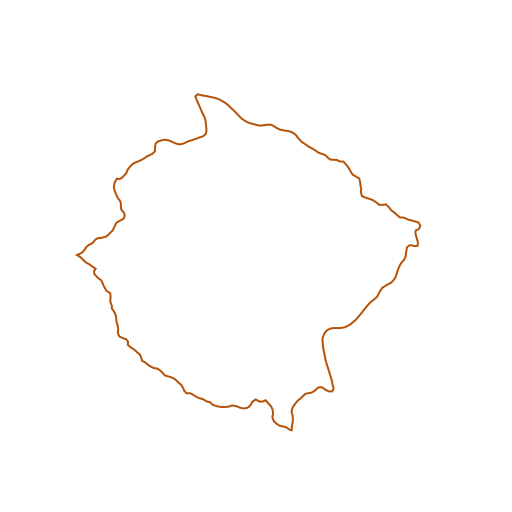 outline of Indaiabira, Minas Gerais, Brazil, rotated 331°
{"feature_id": "56859067B4422919980234", "entity_name": "Indaiabira", "entity_type": "district", "adm_level": 2, "iso_a3": "BRA", "parent_name": "Brazil", "parent_adm1": "Minas Gerais", "projection": "robinson", "projection_center": [-42.141, -15.564], "detail": "fine", "context": "isolated", "style": "outline", "palette": "amber", "viewbox_px": 512, "rotation_deg": 331, "n_neighbors": 0, "source": "geoboundaries", "source_scale": "gbopen_adm2", "svg_char_len": 4172}
<svg xmlns="http://www.w3.org/2000/svg" viewBox="0 0 512 512"><g transform="rotate(331 256 256)"><path d="M411.6,311.4L414.5,309.1L414.3,305.3L411.8,302.9L409.4,300.3L407.1,298.4L405.3,295.9L403.3,293.6L400.7,292.3L399.2,288.4L397.9,284.7L396.5,281.7L396.0,278.2L394.7,273.9L391.2,272.5L388.4,270.8L387.5,268.1L385.7,264.5L383.6,261.7L380.6,258.6L377.7,255.0L378.8,250.6L380.7,248.2L381.5,245.0L383.0,241.7L383.8,238.1L381.7,234.5L380.2,232.2L379.7,229.1L379.8,225.0L379.4,221.1L378.2,215.8L375.1,213.9L373.2,211.1L370.4,209.4L367.9,207.8L366.5,205.0L365.5,201.3L363.2,198.7L360.7,195.9L359.4,193.1L357.7,189.8L355.3,186.3L353.0,181.5L351.2,178.2L350.6,175.5L349.9,172.3L349.4,168.9L348.2,166.5L346.7,164.2L344.8,162.4L341.7,160.0L338.2,157.1L335.9,153.6L334.6,151.2L332.9,148.5L330.1,146.9L327.7,146.0L324.9,144.9L322.0,143.5L319.8,141.4L317.0,138.7L314.7,136.5L313.1,134.4L311.3,131.4L310.0,128.7L308.8,124.4L307.8,120.5L306.9,117.3L305.7,113.6L304.7,110.4L303.4,107.2L301.5,104.0L300.1,101.7L298.5,99.6L296.0,97.1L293.3,94.9L290.7,92.5L287.2,89.8L283.4,86.3L280.4,87.0L279.7,91.2L279.3,96.5L278.9,100.3L278.5,104.6L278.3,109.3L277.7,112.4L276.2,116.1L275.0,119.0L273.4,122.5L271.2,124.9L267.5,125.6L264.2,124.9L261.4,124.6L258.7,124.1L255.9,123.6L252.2,122.8L247.7,122.6L245.4,122.1L243.1,121.2L241.0,119.3L238.5,116.2L235.9,112.8L232.8,110.1L228.7,108.8L225.1,108.3L222.5,109.1L220.2,112.3L218.3,115.5L214.9,116.4L211.9,116.2L208.8,116.0L205.6,116.4L201.5,116.4L198.4,116.1L195.4,115.7L192.4,115.8L189.1,116.8L185.5,118.3L182.4,120.9L179.1,121.8L176.7,122.6L174.1,122.5L171.6,120.9L167.7,123.5L165.3,126.4L164.1,130.1L163.5,134.9L163.2,138.0L163.8,141.2L163.5,144.2L162.1,146.5L160.7,150.1L161.5,154.5L160.7,157.1L158.4,159.2L154.7,159.2L150.0,159.2L147.4,161.0L145.0,162.8L142.5,164.4L140.1,164.9L137.6,165.7L134.4,166.4L131.3,165.6L128.8,164.9L126.6,163.7L123.1,163.9L120.0,165.2L117.6,165.5L115.2,165.3L112.5,165.7L109.1,167.4L105.6,168.7L102.7,168.6L99.9,168.4L101.8,171.7L102.9,175.1L104.2,179.4L106.3,182.6L107.8,186.0L109.6,189.3L107.0,190.8L105.8,193.6L106.7,196.7L107.5,199.3L108.9,202.3L108.7,205.0L108.3,208.1L108.3,214.2L110.5,217.7L109.2,220.9L107.6,223.2L106.3,225.7L105.8,229.7L104.5,232.0L104.9,235.9L104.6,239.9L103.3,243.3L102.0,245.8L101.7,248.5L100.8,251.0L99.8,253.6L97.8,256.3L97.5,260.1L99.9,263.5L102.1,265.8L102.5,268.9L100.8,271.6L102.3,275.6L104.0,278.6L105.4,282.6L106.7,286.0L106.3,289.3L105.5,292.4L107.2,294.7L108.5,298.1L109.9,300.9L111.8,303.9L115.1,306.7L116.7,309.6L117.6,312.7L118.3,316.2L120.2,318.1L122.8,320.7L125.0,323.5L126.1,326.5L127.0,329.7L128.1,332.2L128.3,336.1L127.9,339.4L128.7,342.4L131.8,344.0L133.6,346.8L135.6,350.4L137.6,353.0L140.2,355.5L142.5,359.5L145.0,361.6L145.8,364.9L147.6,366.9L149.8,369.2L152.9,371.5L156.4,373.4L159.7,374.7L162.7,375.1L166.0,377.8L168.3,380.7L171.0,383.2L174.2,384.5L177.0,384.4L179.7,383.3L182.4,381.7L186.2,381.3L188.6,385.2L191.8,386.7L194.5,386.8L195.3,390.9L196.3,394.8L196.0,398.6L194.4,402.2L192.1,405.1L191.5,409.0L192.7,412.7L194.4,416.0L196.9,418.1L199.2,420.2L200.9,423.6L202.6,425.7L205.0,422.2L207.5,419.1L209.4,416.2L210.7,413.3L211.3,410.4L212.7,407.9L215.5,405.7L218.1,404.5L221.0,403.3L223.4,402.5L226.4,402.1L229.3,401.3L232.2,400.5L235.3,401.3L237.9,402.4L241.7,402.4L244.3,401.7L246.6,401.2L249.9,402.6L251.6,406.1L253.8,409.5L256.8,411.3L259.6,409.7L260.6,405.7L262.1,401.0L263.0,396.7L263.9,392.4L264.6,389.2L265.2,386.0L265.8,383.2L266.6,379.8L267.9,376.3L269.2,371.9L270.7,367.6L272.8,363.1L274.5,359.9L276.6,358.2L278.8,356.6L281.6,355.5L285.5,355.4L288.7,356.5L291.2,358.0L294.0,359.4L296.6,360.6L299.4,361.4L302.4,361.6L305.5,361.6L309.0,360.8L312.4,360.2L314.9,359.2L317.6,358.2L320.8,357.0L324.1,355.5L327.0,354.3L329.9,353.2L333.3,352.0L336.7,351.5L339.7,351.0L342.6,350.1L345.4,348.1L348.0,346.7L350.9,345.1L354.8,344.8L358.0,344.7L360.6,344.9L363.5,344.2L367.0,342.7L369.9,340.2L372.3,337.9L375.7,335.0L379.4,332.6L383.6,331.2L386.8,328.8L388.4,326.4L390.3,324.1L392.0,321.8L394.7,321.0L397.0,321.8L399.6,324.4L402.3,325.4L404.3,322.5L405.0,319.0L405.7,316.1L406.5,313.3L408.1,311.1L411.6,311.4Z" fill="none" stroke="#b45309" stroke-width="2"/></g></svg>